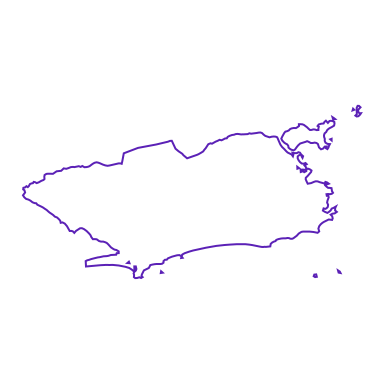 the district of Rio de Janeiro, Rio de Janeiro, Brazil
{"feature_id": "56859067B69544192053781", "entity_name": "Rio de Janeiro", "entity_type": "district", "adm_level": 2, "iso_a3": "BRA", "parent_name": "Brazil", "parent_adm1": "Rio de Janeiro", "projection": "albers", "projection_center": [-43.389, -22.912], "detail": "fine", "context": "isolated", "style": "outline", "palette": "violet", "viewbox_px": 384, "rotation_deg": 0, "n_neighbors": 0, "source": "geoboundaries", "source_scale": "gbopen_adm2", "svg_char_len": 6038}
<svg xmlns="http://www.w3.org/2000/svg" viewBox="0 0 384 384"><path d="M249.4,133.3L247.7,134.1L244.2,134.3L241.0,134.4L239.1,134.1L237.4,133.9L235.7,134.1L234.1,134.7L232.0,135.0L229.5,135.9L227.7,136.9L226.8,138.3L225.0,138.5L223.2,139.5L221.5,140.3L219.6,139.8L217.7,140.8L215.7,141.6L212.0,143.7L210.5,143.3L208.3,144.2L205.7,148.2L204.3,149.8L203.2,151.4L201.3,152.6L198.5,154.2L196.9,154.9L187.1,158.3L183.4,155.2L182.3,153.8L178.6,151.3L175.5,148.7L171.8,140.8L170.0,140.9L168.0,141.7L156.2,144.5L138.0,147.9L123.8,153.3L122.3,161.2L121.7,163.8L120.4,163.4L118.6,163.4L109.5,165.5L107.5,165.8L105.3,165.4L102.9,164.6L100.0,163.3L98.4,162.7L96.6,162.3L94.5,162.8L92.6,163.9L89.5,166.2L87.9,166.8L86.3,167.1L84.4,167.2L82.3,166.0L80.7,166.9L78.8,166.2L74.4,167.1L73.0,166.9L70.9,167.1L68.7,168.0L66.3,168.8L63.7,168.4L61.2,170.8L56.6,171.3L53.0,173.8L48.2,173.7L46.4,173.9L44.6,175.0L44.3,176.7L44.5,179.0L43.5,180.0L41.4,180.8L38.8,182.3L36.7,183.1L35.1,182.2L33.7,181.9L32.9,183.2L31.5,183.4L29.9,184.1L28.9,186.0L27.8,187.1L26.4,186.2L25.3,187.3L23.4,187.8L23.2,189.4L24.4,190.2L25.1,192.5L23.0,195.3L24.3,197.3L26.1,198.9L28.5,199.6L30.5,200.7L32.5,202.3L34.6,203.1L36.3,203.3L37.3,204.7L41.5,206.7L43.0,207.5L44.7,208.7L46.7,210.0L48.1,211.3L49.5,212.5L51.6,213.9L53.3,215.1L54.8,216.6L57.1,217.5L59.1,219.4L60.2,220.7L60.7,222.8L62.5,222.4L64.8,223.6L67.0,226.2L69.7,231.0L71.3,230.9L72.8,231.3L74.3,232.9L76.0,230.9L80.0,228.3L81.9,228.2L83.8,229.0L85.1,229.9L86.7,231.1L89.2,233.6L90.5,235.2L91.4,237.2L92.9,239.2L94.7,239.1L96.7,239.3L99.0,241.0L101.0,241.6L103.2,241.6L105.1,242.2L106.7,242.9L108.2,244.3L111.0,247.4L112.9,248.7L114.5,249.6L116.4,250.0L118.7,251.4L118.7,253.1L116.7,253.2L116.2,254.7L110.9,255.0L108.5,255.8L106.8,256.1L103.6,256.3L99.5,257.2L97.9,257.4L95.4,258.0L91.1,259.1L89.2,259.8L87.2,260.3L85.7,261.1L86.0,266.5L100.4,265.2L106.3,264.9L109.4,265.0L112.6,264.9L118.8,265.5L125.4,266.8L129.3,268.0L131.9,269.7L134.4,271.8L133.6,273.4L134.1,274.9L133.9,277.1L135.2,278.1L137.1,278.0L139.3,277.3L141.1,278.0L142.6,277.1L141.5,276.0L141.9,274.4L143.9,270.4L147.2,268.8L148.8,268.0L149.6,266.6L150.3,265.1L152.3,264.6L154.5,264.2L156.4,264.0L160.7,264.0L162.2,263.7L163.5,262.7L163.5,261.1L164.9,259.8L166.8,259.7L168.0,258.3L171.9,256.7L173.7,256.2L177.0,255.3L179.4,255.1L181.6,256.4L182.5,254.4L184.7,253.2L189.3,251.6L193.1,250.5L206.0,247.7L216.3,245.9L224.6,245.0L230.0,244.6L236.8,244.2L245.3,244.2L249.1,244.6L252.4,245.1L259.8,246.6L261.5,246.9L263.0,247.0L264.5,246.8L265.9,246.9L270.3,246.4L270.7,243.9L272.2,242.5L273.9,241.6L275.5,241.1L276.3,239.9L278.4,239.1L281.2,238.5L283.7,238.3L285.8,238.3L287.5,238.0L289.0,238.1L290.3,238.7L292.0,238.8L293.3,238.3L296.7,235.8L298.8,233.5L301.4,231.9L303.1,231.6L309.6,231.6L313.5,232.0L317.6,232.8L319.2,231.4L318.4,228.6L319.2,226.2L320.6,224.4L322.2,223.0L323.7,222.0L328.7,219.5L332.1,219.9L332.7,218.3L332.2,216.2L330.7,214.7L332.4,213.7L334.7,213.4L336.8,211.9L335.1,210.5L335.2,208.0L335.9,206.5L333.5,207.9L331.7,208.6L330.6,210.5L328.8,212.0L327.4,212.9L324.8,211.8L322.9,210.6L323.6,208.4L325.2,208.9L326.5,208.3L327.8,206.9L328.1,204.8L327.1,202.6L327.5,200.6L328.7,197.3L328.3,195.8L326.8,195.8L326.5,194.2L328.0,194.0L330.0,194.2L331.8,193.8L333.0,192.8L332.0,191.2L331.5,188.1L329.8,187.9L328.2,187.9L326.6,186.7L325.0,185.1L324.6,183.5L319.7,182.2L317.7,181.4L315.7,181.3L314.1,181.8L311.1,183.1L307.7,183.7L306.5,181.2L305.7,179.3L305.8,177.8L307.8,175.8L311.1,172.0L311.5,170.5L309.8,169.3L307.8,168.6L306.4,169.4L305.9,167.1L304.5,165.4L306.7,164.2L305.5,163.0L303.7,163.7L301.7,163.5L300.0,162.1L298.7,160.4L297.7,158.4L297.7,156.4L298.8,155.4L301.1,154.4L300.0,152.7L298.4,152.2L296.9,153.1L294.6,153.1L292.6,152.8L293.4,154.5L292.9,156.3L291.6,154.5L287.6,152.5L286.2,151.2L284.3,149.1L282.0,146.9L280.4,144.6L278.8,141.0L278.1,139.3L277.2,137.3L275.8,136.7L273.9,136.5L271.8,136.7L269.5,137.3L265.3,135.9L263.6,134.6L262.1,133.1L260.5,132.5L258.7,132.6L256.6,133.0L251.1,133.7L249.4,133.3ZM306.4,169.4L306.3,171.1L304.2,172.2L303.1,171.2L300.8,172.0L300.6,169.7L302.9,169.6L304.8,169.8L306.4,169.4ZM134.4,271.8L134.4,269.6L134.3,266.4L135.8,266.4L136.4,269.0L135.8,270.6L134.4,271.8ZM297.3,166.8L299.0,168.1L297.4,168.7L297.3,166.8ZM127.4,263.0L128.9,261.7L129.5,263.2L127.4,263.0ZM325.9,120.7L324.5,121.9L323.6,123.5L321.2,123.7L318.7,124.5L317.6,126.0L318.8,126.8L318.4,128.4L318.4,130.0L316.6,130.1L314.9,129.5L313.2,129.4L311.7,129.9L310.0,130.0L308.6,128.8L307.1,127.3L303.9,124.9L302.3,124.3L300.5,124.2L298.9,124.2L299.0,126.0L297.4,127.2L295.9,128.1L293.8,128.0L291.7,128.4L290.2,129.0L288.7,130.5L286.8,131.3L285.4,131.6L284.3,132.9L282.4,136.3L281.3,138.6L282.2,140.5L284.3,142.7L285.5,143.5L287.2,144.4L288.3,145.9L288.5,147.6L289.7,148.7L291.3,149.7L293.6,150.4L295.0,149.5L296.8,147.0L298.2,145.3L300.2,143.5L305.7,141.8L307.1,141.2L308.6,141.8L310.8,143.0L312.8,143.0L314.7,142.6L316.5,143.0L317.9,144.0L319.0,147.4L321.0,149.3L323.1,148.6L324.7,146.6L326.5,146.5L325.9,148.2L327.4,149.1L328.4,147.6L328.8,146.2L329.9,144.1L327.5,143.9L325.5,142.7L324.7,140.8L324.8,138.9L324.1,136.9L324.0,135.2L324.6,133.4L326.2,132.0L327.1,130.2L328.6,128.8L329.9,128.0L331.7,127.1L334.1,125.6L334.5,123.6L334.3,121.9L332.4,121.0L330.9,120.8L329.5,121.0L327.9,122.9L325.9,120.7ZM358.3,111.8L358.1,109.9L360.5,107.3L359.0,105.9L357.6,105.9L356.7,107.8L356.8,114.2L355.4,115.6L356.7,116.5L358.4,116.2L360.1,114.6L361.0,113.2L359.4,113.3L358.3,111.8ZM316.8,276.8L316.2,274.4L314.3,274.6L313.7,276.2L315.1,277.1L316.8,276.8ZM324.6,183.5L326.6,184.5L328.8,183.7L327.0,182.4L325.4,181.9L324.6,183.5ZM339.8,271.6L338.0,270.4L338.6,272.6L340.5,273.0L339.8,271.6ZM301.1,154.4L301.7,156.6L302.5,157.9L303.1,156.2L301.1,154.4ZM335.2,119.1L333.9,118.1L332.5,117.2L333.2,119.5L335.2,119.1ZM162.7,272.7L161.1,271.3L160.8,273.0L162.7,272.7ZM354.2,109.8L353.1,108.7L352.6,110.4L354.2,109.8ZM181.6,256.4L181.2,258.0L182.6,257.8L181.6,256.4ZM331.6,138.8L330.3,139.3L331.6,140.4L331.6,138.8Z" fill="none" stroke="#5b21b6" stroke-width="2"/></svg>